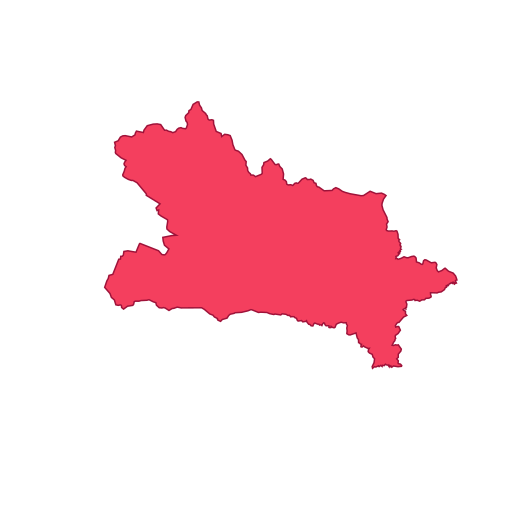 the district of Yen Binh, Yên Bái, Vietnam, rotated 319°
{"feature_id": "81297802B76693228184167", "entity_name": "Yen Binh", "entity_type": "district", "adm_level": 2, "iso_a3": "VNM", "parent_name": "Vietnam", "parent_adm1": "Yên Bái", "projection": "albers", "projection_center": [104.951, 21.859], "detail": "fine", "context": "isolated", "style": "filled", "palette": "rose", "viewbox_px": 512, "rotation_deg": 319, "n_neighbors": 0, "source": "geoboundaries", "source_scale": "gbopen_adm2", "svg_char_len": 6147}
<svg xmlns="http://www.w3.org/2000/svg" viewBox="0 0 512 512"><g transform="rotate(319 256 256)"><path d="M383.8,376.1L381.9,370.8L381.0,369.6L379.4,369.5L376.7,371.4L375.9,371.4L375.3,370.6L374.7,368.2L373.2,365.8L375.5,362.5L375.5,360.8L375.1,359.7L373.0,358.4L369.6,357.1L368.5,356.0L367.2,353.7L364.1,353.0L361.0,351.7L360.9,350.6L359.8,349.7L360.7,349.2L361.3,348.1L363.2,348.8L365.0,348.4L365.0,348.0L365.8,348.3L365.7,346.7L367.1,346.8L366.7,347.3L367.2,347.5L367.6,346.8L368.0,347.1L368.3,346.2L369.9,346.2L369.7,345.8L370.0,345.1L371.6,344.1L371.5,343.4L372.0,342.9L371.7,342.6L372.2,341.8L373.4,341.4L373.4,338.8L374.2,337.8L375.0,337.9L374.9,335.9L377.4,332.8L378.7,329.7L378.3,328.8L376.3,327.8L375.2,326.4L372.3,324.1L371.3,322.4L371.5,321.6L373.9,320.1L375.5,317.5L378.2,316.8L379.1,314.2L380.1,312.8L382.2,304.5L384.3,300.3L385.7,299.0L389.6,296.7L393.8,295.7L393.3,293.7L392.0,290.9L387.5,287.7L384.6,282.0L376.8,280.9L374.9,279.5L367.9,270.8L365.1,266.6L363.6,263.9L362.5,259.6L361.1,256.8L358.6,256.2L356.4,256.4L350.2,251.5L348.7,245.3L347.7,244.0L347.8,242.5L348.9,240.5L347.9,238.8L348.7,236.4L347.8,233.9L346.9,233.6L344.9,232.0L344.9,230.1L344.5,229.3L341.1,228.2L335.8,228.8L334.6,228.1L334.4,227.3L333.0,226.6L330.0,226.9L329.0,225.0L327.0,223.6L326.3,222.0L327.7,219.8L327.7,217.9L326.8,215.9L330.6,212.2L332.9,207.5L332.7,204.0L333.5,201.6L333.1,201.1L331.1,200.3L330.4,199.4L330.9,193.1L330.6,192.0L327.1,192.0L323.3,190.7L321.5,192.2L318.7,193.0L315.0,197.6L313.8,197.9L307.7,195.8L307.1,193.3L305.2,191.4L305.7,190.3L305.4,188.3L305.8,186.0L307.4,184.0L307.9,180.9L310.6,178.2L310.5,176.6L312.0,170.2L311.5,165.4L309.8,162.5L309.9,161.6L311.6,156.8L313.9,152.9L315.5,148.2L314.3,146.0L312.2,143.6L308.5,143.4L310.0,140.6L307.7,135.9L310.6,128.7L312.9,125.7L312.1,124.2L309.9,122.8L309.6,121.1L311.2,118.2L311.1,116.6L311.5,115.5L310.8,110.9L312.0,108.4L312.4,105.1L313.9,102.2L312.7,101.1L308.0,100.3L303.0,102.7L300.8,102.3L299.2,103.7L295.1,103.9L293.4,104.9L291.7,108.2L291.7,110.0L290.5,111.9L287.6,113.6L286.4,113.8L284.3,111.5L283.6,109.9L281.5,108.8L279.5,108.7L276.9,109.4L274.1,108.3L273.2,106.2L271.9,104.6L271.0,102.3L269.5,101.1L270.3,94.3L268.1,91.5L264.9,89.0L259.4,86.3L254.1,87.5L252.0,88.9L247.7,83.3L245.6,84.1L244.1,85.2L240.3,84.6L236.2,79.3L234.2,77.9L231.7,77.3L227.5,78.6L223.9,77.4L222.3,80.5L220.6,81.5L219.4,84.1L217.7,85.7L217.4,86.7L218.6,93.4L220.7,98.5L218.4,99.0L216.8,99.9L216.2,101.6L216.6,103.4L214.6,103.9L212.3,105.5L208.7,107.3L208.1,108.2L208.4,110.3L209.9,114.4L211.5,117.2L212.7,118.2L214.3,122.7L214.0,136.8L213.8,137.5L213.0,138.2L217.8,153.7L212.1,154.2L211.1,156.8L212.7,157.4L209.9,160.1L210.5,163.3L213.0,170.6L212.0,172.0L207.7,175.6L206.5,177.2L206.9,180.9L209.5,188.1L205.9,185.4L197.9,180.8L195.8,183.8L194.0,187.8L194.9,193.5L190.8,195.0L188.5,195.4L187.5,195.0L185.9,193.1L185.9,188.1L176.7,170.4L175.9,170.4L167.9,174.4L162.7,168.0L159.3,165.9L156.4,168.3L155.0,168.5L153.7,167.5L151.7,169.4L150.3,168.4L135.9,175.9L132.3,174.2L129.8,176.0L127.0,177.0L121.2,180.4L121.2,188.5L119.7,192.4L120.3,196.2L118.2,200.9L119.7,202.9L121.5,203.9L121.9,204.5L121.8,205.3L120.8,206.7L121.2,209.2L126.1,209.6L130.6,212.4L131.9,212.2L134.1,210.6L135.3,210.9L138.0,213.3L140.0,214.2L144.6,217.8L146.6,218.8L148.4,223.2L149.8,225.5L148.6,227.8L149.0,231.5L150.9,233.5L152.3,234.2L153.3,235.6L154.6,240.0L158.2,240.6L159.7,241.6L163.0,242.9L165.4,246.0L181.0,259.4L182.0,262.4L183.1,269.4L184.7,272.4L184.6,274.7L185.9,277.9L185.3,278.6L185.2,279.5L186.4,282.1L188.9,281.8L193.4,283.9L196.3,283.0L198.3,283.0L201.8,284.9L203.0,285.1L208.1,289.0L214.0,292.1L216.9,293.1L217.6,293.9L220.8,300.2L222.7,301.5L227.2,305.8L228.5,308.5L231.1,311.9L232.2,312.2L236.0,316.7L237.8,316.8L240.4,319.7L241.1,321.8L242.3,322.7L242.3,324.8L243.1,325.1L244.9,326.8L244.9,328.1L245.7,329.6L245.0,331.6L245.1,332.7L248.0,334.6L248.1,336.4L250.7,338.0L251.7,338.0L251.1,339.3L251.0,342.1L251.8,343.1L251.8,344.8L253.0,346.1L255.5,345.0L256.4,345.2L257.9,348.0L258.8,348.8L258.6,349.8L260.0,350.6L260.1,351.7L261.9,350.9L263.2,350.8L263.6,351.6L263.0,353.2L263.1,354.6L265.0,356.2L265.2,356.9L264.3,357.5L264.3,358.1L265.5,359.1L266.5,358.4L266.7,359.8L267.8,361.4L268.8,361.7L271.8,360.2L274.1,360.7L276.8,361.8L278.3,364.0L280.3,365.5L279.6,366.8L279.4,368.4L277.3,369.9L275.6,372.3L273.6,374.2L274.2,376.2L275.2,377.3L281.0,379.7L278.7,384.2L278.5,386.3L276.6,388.7L277.0,389.1L277.1,391.0L277.7,391.9L276.0,392.8L275.7,393.5L276.3,394.3L278.1,394.3L278.3,395.7L280.0,399.4L280.9,400.0L279.4,400.5L277.9,401.8L278.0,403.7L279.2,406.5L278.0,409.0L278.1,411.3L275.2,413.9L271.1,415.7L270.3,417.2L272.8,417.3L273.6,418.4L276.4,419.2L276.2,420.0L276.4,420.3L278.4,420.4L278.7,422.1L279.7,421.4L280.8,422.8L281.8,422.5L282.8,422.7L282.7,423.3L284.1,425.1L283.9,426.8L284.8,426.0L284.9,427.7L285.7,427.5L285.5,429.0L287.6,429.2L290.5,432.7L293.4,434.7L294.1,434.3L294.1,432.4L292.8,430.6L293.0,430.0L294.7,428.4L294.7,425.9L296.9,425.8L299.0,423.4L302.9,422.8L304.6,421.6L305.1,416.4L304.0,415.8L303.0,414.5L301.0,413.7L300.2,412.7L303.4,411.3L305.3,411.0L306.2,410.1L307.3,409.9L308.0,408.3L309.1,407.4L312.4,407.7L316.3,406.7L317.4,403.0L317.1,402.4L314.8,401.3L315.4,400.1L317.9,399.2L319.4,399.2L320.3,399.9L327.3,398.9L330.8,399.8L330.9,397.7L332.6,395.7L331.7,393.9L331.9,392.9L333.5,393.1L334.3,394.3L335.1,393.1L335.8,393.5L338.3,391.3L339.0,389.1L339.6,388.5L340.7,388.6L344.9,391.6L346.3,392.0L347.2,393.0L346.8,393.9L348.6,395.1L349.9,397.5L352.3,397.9L354.5,399.6L356.4,399.4L358.9,401.3L361.0,401.8L361.8,401.3L362.4,399.7L363.6,398.2L368.5,402.7L370.1,403.2L372.2,404.6L376.2,405.0L378.0,404.1L379.2,404.5L380.1,404.2L379.9,403.4L380.2,403.2L381.0,403.8L382.3,403.5L381.6,404.1L381.7,404.4L383.9,403.8L384.8,404.4L385.8,404.2L386.3,405.5L387.1,404.9L387.6,405.0L388.2,406.5L387.2,406.7L387.2,407.4L388.5,407.4L389.5,407.9L390.1,405.6L391.0,405.4L391.9,405.9L392.3,405.1L393.5,402.1L393.6,398.3L391.3,393.8L390.8,389.4L390.4,389.1L386.8,388.9L383.3,387.7L383.2,385.9L384.2,383.2L386.9,381.1L387.3,379.3L387.0,378.2L383.8,376.1Z" fill="#f43f5e" stroke="#9f1239" stroke-width="1.5"/></g></svg>